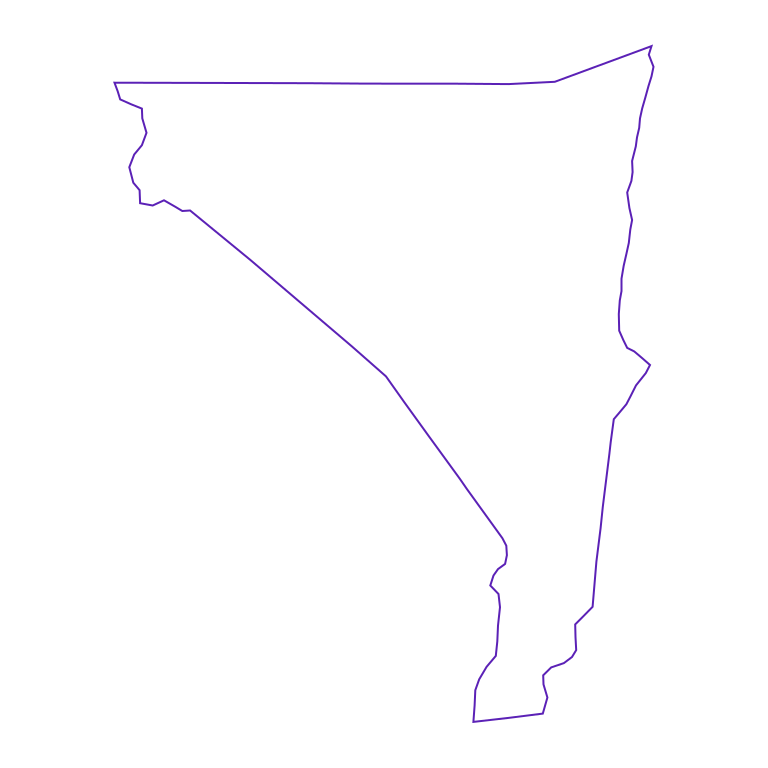 the district of Coaraci, Bahia, Brazil
{"feature_id": "56859067B91846092860839", "entity_name": "Coaraci", "entity_type": "district", "adm_level": 2, "iso_a3": "BRA", "parent_name": "Brazil", "parent_adm1": "Bahia", "projection": "natural_earth1", "projection_center": [-39.579, -14.666], "detail": "fine", "context": "isolated", "style": "outline", "palette": "violet", "viewbox_px": 768, "rotation_deg": 0, "n_neighbors": 0, "source": "geoboundaries", "source_scale": "gbopen_adm2", "svg_char_len": 1371}
<svg xmlns="http://www.w3.org/2000/svg" viewBox="0 0 768 768"><path d="M473.4,721.9L508.5,717.9L542.8,713.6L547.4,697.5L543.5,684.4L543.2,675.3L551.2,667.4L563.9,663.1L572.0,657.0L576.2,650.1L575.5,637.1L575.2,624.4L582.9,616.7L592.6,606.8L596.4,561.6L600.6,528.1L602.8,506.8L609.4,453.7L610.7,442.2L613.8,419.2L621.0,410.7L626.4,404.2L630.3,396.7L636.0,385.4L645.8,373.1L650.0,365.0L641.9,357.9L634.2,351.4L627.2,347.9L623.4,340.2L619.2,330.7L618.8,314.1L619.8,300.4L621.5,291.1L621.5,278.7L623.7,265.7L626.4,253.9L628.8,243.0L630.3,229.5L632.1,220.0L629.4,208.0L627.2,192.5L631.4,180.9L632.6,172.1L632.1,161.0L635.8,146.4L637.0,137.4L639.2,127.9L640.0,118.4L642.2,108.4L645.4,97.3L648.5,86.0L651.5,76.4L653.5,66.8L648.8,54.7L651.5,46.1L554.8,81.8L508.5,84.1L457.9,83.7L419.0,83.7L363.3,83.6L308.9,83.2L199.2,82.9L114.5,82.7L117.7,91.3L120.2,99.4L131.2,104.3L141.9,108.6L142.3,118.4L146.5,132.8L141.9,145.2L134.2,154.5L129.3,167.2L133.3,182.7L139.6,190.2L140.1,203.2L152.7,205.5L164.0,200.3L175.5,206.9L182.3,211.0L190.1,210.5L250.3,259.9L352.0,346.5L386.0,376.4L404.0,401.8L428.6,435.9L459.9,478.9L466.8,488.9L502.4,538.2L506.3,545.7L506.9,555.2L505.1,563.9L498.0,569.1L493.5,575.5L490.3,585.5L498.5,594.0L500.0,607.2L498.0,625.6L497.3,641.5L495.8,655.9L486.6,666.8L479.2,679.3L475.3,690.2L474.6,705.6L473.4,721.9Z" fill="none" stroke="#5b21b6" stroke-width="2"/></svg>